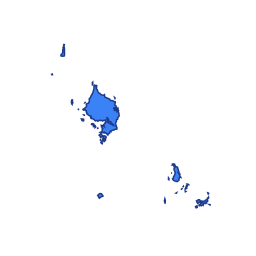 Natuna, Kepulauan Riau, Indonesia (Natural Earth projection), rotated 340°
{"feature_id": "22746128B6637644559706", "entity_name": "Natuna", "entity_type": "district", "adm_level": 2, "iso_a3": "IDN", "parent_name": "Indonesia", "parent_adm1": "Kepulauan Riau", "projection": "natural_earth1", "projection_center": [108.338, 3.627], "detail": "fine", "context": "isolated", "style": "filled", "palette": "blue", "viewbox_px": 256, "rotation_deg": 340, "n_neighbors": 0, "source": "geoboundaries", "source_scale": "gbopen_adm2", "svg_char_len": 5920}
<svg xmlns="http://www.w3.org/2000/svg" viewBox="0 0 256 256"><g transform="rotate(340 128 128)"><path d="M111.4,76.3L110.4,76.7L109.5,79.5L108.0,81.3L108.0,81.9L106.1,83.6L105.9,84.2L105.1,84.4L102.8,86.8L101.7,87.1L100.6,90.2L99.8,90.6L99.4,91.2L97.5,91.1L96.8,91.7L96.7,92.8L96.2,93.7L94.5,94.5L93.2,94.8L92.3,95.8L92.7,96.2L93.8,96.1L94.2,97.3L94.7,97.5L94.3,99.0L94.6,99.4L94.2,99.9L94.3,100.9L96.2,103.6L97.2,103.9L97.4,105.1L96.8,105.2L96.9,105.4L96.5,105.8L96.5,106.4L98.5,107.6L99.8,110.2L101.5,110.3L102.0,111.4L103.8,110.9L104.9,111.7L106.0,111.9L106.6,112.8L107.6,112.5L108.6,112.9L109.2,112.7L109.4,113.1L110.5,113.0L111.6,114.1L112.0,113.7L112.2,112.2L111.3,110.7L112.4,111.6L112.5,113.9L111.7,114.6L114.0,116.5L113.7,116.8L114.1,117.8L114.8,118.6L115.6,120.8L114.7,120.2L114.4,119.1L113.7,119.0L110.3,115.0L109.1,114.6L108.8,115.1L108.1,115.3L107.9,115.9L106.2,116.5L106.2,118.3L105.6,117.3L105.1,117.4L105.1,117.8L104.5,117.5L103.9,117.9L103.7,118.4L104.1,119.7L103.5,119.8L102.8,122.0L102.0,122.4L101.8,123.3L102.0,123.7L102.6,123.6L104.5,124.8L103.9,123.8L104.1,123.7L104.5,123.9L104.9,125.0L105.6,125.1L105.8,124.8L105.7,125.2L106.1,125.5L106.1,126.6L106.7,127.7L107.3,126.9L109.0,126.6L109.2,125.9L110.1,125.2L110.6,125.6L110.7,125.1L111.1,125.3L111.8,124.8L114.5,125.1L115.5,124.7L117.0,125.3L117.7,124.2L117.7,120.2L118.1,119.1L119.5,117.6L120.1,116.1L120.6,115.9L121.2,116.2L122.2,114.6L123.8,113.7L124.5,110.8L124.4,109.1L125.5,108.1L124.9,108.3L124.7,107.9L125.3,106.6L125.3,105.7L124.6,106.1L123.1,108.5L123.0,107.8L123.5,107.1L123.1,107.0L123.2,106.4L122.3,105.2L121.9,105.2L121.7,105.6L122.0,106.1L122.0,106.9L121.2,106.8L121.6,105.4L121.4,104.7L122.0,104.6L122.0,104.2L124.0,104.9L124.3,103.1L123.4,101.9L124.2,100.7L124.5,99.8L124.9,99.6L125.0,99.0L123.6,98.1L123.0,97.1L120.8,96.1L120.7,94.6L116.8,91.0L117.3,88.6L116.2,88.9L114.8,88.1L113.9,87.1L113.4,85.9L112.4,85.0L112.1,83.7L112.2,81.3L111.7,80.2L112.1,78.8L112.4,78.9L113.1,77.5L112.7,77.1L111.9,77.4L111.4,76.3ZM160.8,181.3L159.1,180.7L157.5,181.6L157.0,183.0L157.1,186.0L156.9,186.6L155.2,188.6L154.0,189.5L153.4,190.7L152.5,191.0L152.6,192.2L153.5,193.5L155.8,195.2L157.9,194.6L159.2,192.2L160.3,192.0L160.6,192.1L160.6,192.4L160.7,192.5L160.7,192.0L160.1,191.4L160.9,189.2L160.4,189.3L160.1,188.8L160.8,187.1L160.0,186.8L160.8,186.2L161.1,181.8L160.8,181.3ZM169.8,219.5L167.4,219.9L167.5,221.9L167.7,222.8L169.2,222.4L169.6,221.9L170.0,222.1L169.8,222.7L170.1,222.2L170.8,222.7L170.7,223.2L171.7,223.3L171.0,223.8L170.7,223.6L169.7,224.7L169.9,225.0L169.7,225.5L170.4,226.2L172.0,225.9L172.9,225.1L172.9,225.5L173.2,225.0L173.0,224.4L173.9,224.9L174.7,224.8L175.3,225.6L176.2,224.6L176.4,224.8L175.8,225.5L176.6,224.6L178.0,223.9L178.0,221.9L177.7,222.3L176.0,222.3L175.0,222.9L173.8,222.6L171.2,221.4L170.7,220.0L169.8,219.5ZM95.7,29.5L94.5,30.0L94.4,31.2L93.4,32.3L92.7,34.3L92.0,35.3L89.8,36.5L89.8,37.6L92.5,38.6L93.4,37.6L95.7,30.8L95.7,29.5ZM79.3,180.0L77.4,180.4L76.4,181.2L76.8,181.6L76.8,183.6L77.1,184.2L79.1,183.5L81.3,183.4L80.6,180.7L79.3,180.0ZM102.8,127.1L102.0,127.5L101.7,129.2L101.0,129.0L100.7,129.4L100.0,131.2L100.3,131.8L100.9,131.8L101.2,130.7L101.6,130.5L102.8,131.5L103.0,131.0L102.8,130.2L104.1,129.7L104.4,128.3L102.8,127.1ZM99.2,124.4L98.4,124.8L99.1,126.5L98.9,127.7L99.1,127.8L99.2,127.0L101.2,127.4L101.5,126.4L100.7,124.8L99.2,124.4ZM95.3,111.6L94.5,112.3L95.4,112.0L95.3,112.5L96.3,112.8L96.1,113.4L96.4,114.2L96.0,114.9L96.9,115.3L97.3,114.9L97.7,115.3L97.3,116.3L98.1,116.0L97.9,114.6L97.6,114.7L97.3,114.1L97.3,113.7L97.7,113.6L97.4,113.6L97.2,112.5L96.4,111.8L95.3,111.6ZM157.4,177.1L157.4,177.8L157.0,178.0L157.6,178.3L158.3,179.8L158.1,180.5L157.6,180.7L159.1,180.6L159.6,179.9L159.1,178.8L159.5,178.1L158.9,177.6L158.7,177.8L158.2,177.2L157.4,177.1ZM89.3,104.5L87.3,103.5L87.3,105.2L88.0,105.9L88.7,106.1L89.1,105.5L89.3,104.5ZM84.8,82.4L84.3,83.0L84.2,83.9L83.7,84.1L83.5,85.2L83.7,85.5L83.3,86.0L83.5,86.4L83.6,85.9L84.2,86.1L84.9,85.2L84.8,84.2L85.4,82.6L84.8,82.4ZM163.5,201.7L163.1,202.6L162.3,203.1L161.9,204.0L160.9,204.7L160.8,205.2L161.2,205.2L162.2,204.5L162.7,204.6L163.0,203.5L164.0,202.7L163.7,202.1L164.0,201.8L163.5,201.7ZM137.2,211.2L138.3,208.9L138.4,207.2L137.3,208.8L137.0,211.0L137.2,211.2ZM98.7,131.3L98.3,130.9L98.2,131.7L97.5,132.5L98.3,134.0L98.7,133.6L98.6,132.4L98.8,131.7L98.7,131.3ZM165.6,224.6L164.7,225.0L165.2,225.7L165.1,226.1L164.7,226.2L164.9,226.4L165.9,226.3L166.2,224.8L165.6,224.6ZM148.7,190.6L149.2,189.6L149.0,188.8L148.4,190.2L148.7,190.6ZM109.9,74.8L110.5,72.9L109.8,73.3L109.9,74.1L108.9,75.8L109.9,74.8ZM96.7,27.9L96.4,27.6L95.9,27.9L95.7,29.0L95.9,29.1L96.7,27.9ZM168.2,224.1L168.3,225.5L168.8,225.5L169.1,225.2L168.7,225.0L168.7,224.6L168.4,224.7L168.2,224.1ZM181.4,216.7L180.8,216.2L180.8,217.5L181.3,217.3L181.4,216.7ZM101.8,122.5L100.5,122.6L100.9,122.9L100.8,123.3L101.4,123.2L101.3,122.8L101.8,122.5ZM101.6,131.8L101.2,131.8L101.1,132.5L101.7,132.3L102.2,132.6L101.6,131.8ZM75.3,51.4L74.6,51.4L74.7,51.9L75.2,52.1L75.3,51.4ZM180.0,220.6L179.4,221.1L179.3,221.6L179.8,221.4L180.0,220.6ZM160.1,207.5L160.7,207.4L160.2,206.9L160.1,207.5ZM103.8,116.3L103.6,117.2L104.4,117.0L104.5,116.8L103.8,116.3ZM159.2,202.4L160.1,201.8L160.1,201.7L159.2,202.4ZM178.9,228.1L178.3,227.8L178.7,228.4L178.9,228.1ZM156.7,204.1L158.8,203.1L157.0,203.9L156.7,204.1ZM98.2,130.3L98.2,129.8L98.4,129.1L97.9,129.8L98.2,130.3ZM164.9,201.2L165.2,201.9L165.6,202.0L165.4,201.5L164.9,201.2ZM92.0,101.3L91.0,100.7L91.1,101.0L92.0,101.3ZM123.5,105.9L123.0,105.8L123.3,106.4L123.5,105.9ZM97.1,89.1L96.4,89.3L96.2,89.5L96.6,89.5L97.1,89.1ZM126.2,95.4L125.9,94.9L125.9,95.7L126.2,95.4ZM87.9,93.5L87.4,92.8L87.8,93.6L87.9,93.5ZM99.7,117.9L99.8,117.2L99.4,117.9L99.7,117.9ZM92.0,95.0L91.5,95.0L92.0,95.2L92.0,95.0ZM151.5,205.5L150.9,205.6L151.2,205.8L151.5,205.5ZM153.8,185.6L153.5,185.2L153.1,185.1L153.8,185.6Z" fill="#3b82f6" stroke="#1e3a8a" stroke-width="1.5"/></g></svg>